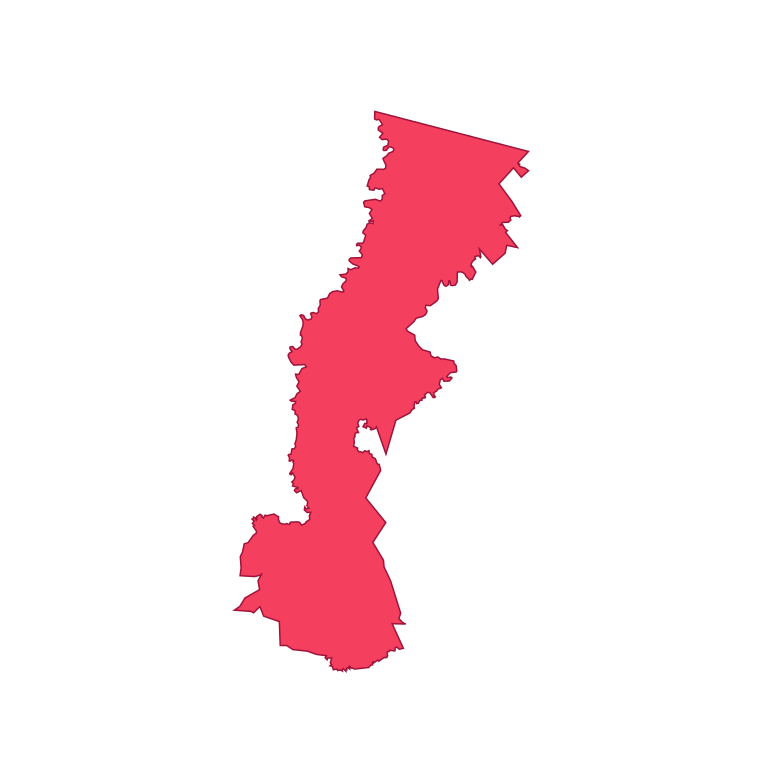 San Juan Cotzocón, Oaxaca, Mexico (Mercator projection), rotated 321°
{"feature_id": "50627088B74666108696895", "entity_name": "San Juan Cotzocón", "entity_type": "district", "adm_level": 2, "iso_a3": "MEX", "parent_name": "Mexico", "parent_adm1": "Oaxaca", "projection": "mercator", "projection_center": [-95.529, 17.312], "detail": "fine", "context": "isolated", "style": "filled", "palette": "rose", "viewbox_px": 768, "rotation_deg": 321, "n_neighbors": 0, "source": "geoboundaries", "source_scale": "gbopen_adm2", "svg_char_len": 6159}
<svg xmlns="http://www.w3.org/2000/svg" viewBox="0 0 768 768"><g transform="rotate(321 384 384)"><path d="M144.4,488.7L153.1,502.8L138.8,521.9L143.9,526.1L146.0,533.0L156.3,543.4L161.4,551.7L168.2,558.9L166.0,559.7L166.3,562.5L167.9,561.6L171.0,563.9L166.9,566.8L166.6,569.0L164.7,569.0L166.2,570.8L164.8,574.2L168.0,575.8L167.6,577.5L170.1,578.8L171.0,580.8L171.3,579.9L173.2,579.6L173.6,583.3L174.7,582.0L175.4,582.7L176.3,581.3L177.4,581.7L177.8,583.4L178.3,581.9L179.6,581.5L179.4,584.1L180.4,584.2L181.6,586.9L193.7,594.7L196.8,594.1L198.4,595.1L199.7,593.1L200.6,593.1L200.0,594.2L205.5,594.6L205.5,596.2L212.3,596.6L212.9,597.8L214.4,598.2L216.1,597.1L217.1,594.8L218.2,594.4L219.6,595.1L220.6,594.4L224.5,598.3L226.9,596.0L228.4,596.4L228.9,599.7L232.7,601.6L239.5,575.4L249.8,584.2L248.3,580.9L247.9,575.7L252.7,572.6L265.2,541.2L268.9,526.2L272.7,520.6L275.6,500.1L298.2,492.8L298.1,461.1L327.1,449.0L329.7,443.4L328.7,442.7L328.7,440.9L330.3,436.6L328.9,433.3L330.3,430.9L328.8,429.0L330.4,426.3L328.3,425.9L327.1,423.8L324.0,424.0L323.7,422.6L321.9,420.7L321.8,418.1L323.2,417.3L321.2,413.4L324.6,410.2L326.3,407.2L328.6,406.6L329.1,405.2L331.7,404.2L333.6,405.7L335.0,400.9L337.8,401.1L338.9,397.9L341.8,396.4L343.5,396.7L345.4,399.1L347.9,399.6L348.2,400.7L345.9,404.0L344.3,402.5L340.8,404.0L342.6,407.2L344.3,405.9L345.2,407.2L346.5,410.5L345.0,410.7L345.3,411.7L348.9,413.1L351.2,412.5L341.4,439.7L370.5,419.6L385.9,422.8L389.5,421.6L392.6,421.9L392.8,420.7L396.4,417.5L397.6,417.8L397.1,419.8L398.7,420.6L401.4,419.2L403.2,420.5L404.7,419.0L407.0,420.6L408.1,420.2L408.4,418.2L412.4,417.8L414.2,419.7L413.7,425.4L415.0,426.5L415.9,426.1L415.8,424.0L417.4,422.0L420.4,422.6L422.7,421.9L426.2,423.1L426.7,419.0L430.4,416.2L433.0,416.3L432.3,419.5L436.6,422.8L440.6,422.1L440.4,420.7L437.4,419.0L437.5,417.6L442.7,417.0L447.7,420.1L448.9,419.5L451.6,415.2L451.5,411.7L452.7,410.1L446.8,402.6L443.9,400.4L442.8,396.8L439.8,395.5L438.2,391.8L439.9,388.1L435.5,381.7L434.9,376.6L435.5,369.9L438.6,365.4L435.5,357.5L436.1,354.9L446.4,354.4L450.4,353.1L456.4,355.8L459.8,356.2L462.8,354.9L463.8,353.5L463.8,350.9L466.2,349.2L469.3,352.3L477.3,352.7L480.0,351.8L485.2,344.0L493.4,339.3L494.1,340.1L492.8,344.8L493.6,347.1L496.4,347.3L499.4,344.7L500.1,345.0L497.9,348.9L498.9,350.5L501.7,352.0L505.2,350.6L511.4,343.2L513.8,344.8L515.4,346.7L516.1,349.7L515.4,352.0L516.0,356.8L515.1,357.5L517.3,356.9L518.4,358.2L525.8,354.8L526.8,348.3L525.0,347.4L526.3,347.6L526.9,345.9L529.7,344.4L533.9,344.4L534.0,342.8L535.2,342.3L538.3,343.9L538.4,346.5L539.4,346.0L543.1,339.1L543.8,359.3L560.3,358.6L566.7,353.5L573.6,362.0L573.9,342.6L576.5,342.4L575.7,340.3L576.5,334.9L574.7,333.6L578.0,333.2L582.6,336.6L585.8,336.4L586.4,334.2L588.3,333.7L592.5,336.2L592.3,336.9L594.5,338.7L594.4,339.4L596.2,339.2L598.3,322.7L599.3,300.8L620.7,297.5L620.8,309.7L630.6,309.2L629.3,304.8L626.6,300.6L626.8,298.0L627.7,298.3L627.1,296.5L642.6,294.2L548.4,166.4L543.5,172.1L544.3,174.0L546.8,175.4L546.0,181.5L542.2,180.8L540.6,181.4L539.4,183.2L540.9,188.4L535.8,189.5L536.3,192.9L540.1,195.3L540.6,197.8L537.3,200.9L532.7,199.7L530.8,201.4L530.8,202.4L532.8,203.9L536.9,202.9L538.2,203.7L539.7,206.5L539.1,208.1L537.1,208.9L532.9,207.6L529.8,208.4L525.6,208.0L524.9,208.4L523.2,215.1L521.1,217.2L518.9,217.0L513.7,212.6L509.1,213.9L504.4,213.2L503.4,215.1L500.8,215.9L495.5,219.6L496.6,221.6L495.0,223.7L498.0,227.0L500.7,226.0L502.7,229.5L505.7,231.1L504.4,236.6L501.2,236.4L499.1,239.1L496.4,239.7L493.4,234.9L484.3,229.6L482.4,230.0L480.6,234.2L483.5,237.6L484.6,240.7L480.0,242.2L479.1,248.0L474.9,247.7L474.6,248.3L478.3,250.6L476.3,252.3L474.2,249.7L471.4,249.2L468.4,251.2L464.5,251.8L462.7,253.2L463.4,256.9L457.3,261.0L455.6,261.0L452.4,258.1L450.7,258.2L449.9,259.4L452.1,260.3L452.6,263.2L450.7,264.7L448.5,265.0L448.5,270.1L445.8,271.5L437.6,265.2L435.5,265.1L434.4,266.6L435.4,271.3L438.1,276.0L438.2,277.7L436.7,277.6L434.5,275.4L430.0,274.2L428.8,271.6L426.7,274.2L423.6,274.6L418.5,271.4L418.4,273.8L421.0,277.9L420.7,278.7L419.2,280.0L415.2,280.3L412.1,281.8L411.3,286.5L410.0,287.0L410.8,286.4L409.3,286.3L406.4,282.2L402.3,279.9L398.7,279.5L394.2,281.7L387.8,278.4L386.6,279.0L384.1,282.6L380.4,284.0L378.4,286.8L375.8,286.8L374.0,283.9L372.2,283.0L371.3,283.1L370.2,286.5L368.1,287.6L364.7,286.1L363.9,283.4L364.7,280.1L363.2,278.1L361.6,277.9L361.2,282.4L360.1,285.0L357.7,287.7L351.3,291.6L349.9,293.3L350.6,293.4L349.5,296.9L345.8,299.3L345.5,301.4L342.8,302.5L338.3,302.3L336.8,301.1L336.6,297.3L334.3,296.1L333.2,297.1L332.8,301.1L330.1,300.4L327.8,301.1L326.6,303.3L325.5,308.8L325.8,312.6L334.6,319.0L334.5,321.8L329.9,320.4L323.8,322.9L321.4,320.7L320.1,323.6L319.3,328.9L314.9,330.8L314.4,337.0L310.4,336.8L306.2,338.6L300.9,337.5L301.3,339.2L304.4,342.0L302.6,343.3L300.3,342.7L296.7,345.9L298.1,348.8L296.0,351.4L296.9,353.3L296.6,355.2L295.2,357.5L292.4,359.1L291.9,361.9L290.2,363.3L288.1,362.9L285.4,367.5L280.4,372.4L277.3,374.2L276.0,377.1L273.4,377.8L271.6,376.5L267.6,380.0L265.4,378.8L264.6,379.2L264.3,381.6L261.9,384.2L262.9,385.1L264.8,385.0L265.5,386.9L264.2,387.2L263.8,389.1L259.9,392.5L254.4,394.2L254.1,395.3L255.1,396.3L256.2,395.2L257.1,395.6L256.2,400.6L253.7,401.9L250.6,402.2L251.0,404.4L248.7,405.6L252.1,410.5L251.2,411.1L249.0,409.7L247.3,410.4L247.6,413.5L252.6,414.7L250.1,421.7L250.7,427.5L247.5,430.0L247.5,433.2L244.9,432.1L245.1,429.7L242.8,431.7L243.4,435.4L246.3,437.7L243.0,439.5L241.0,442.6L236.9,442.1L234.6,442.8L231.0,441.6L231.4,438.4L230.4,437.1L225.0,432.9L223.8,432.5L222.6,433.7L221.5,433.0L220.6,431.2L218.9,430.8L216.4,428.1L215.7,426.1L216.8,422.6L218.5,420.9L216.6,415.8L209.9,412.5L209.1,411.1L205.9,412.2L205.4,410.2L206.4,409.6L205.7,407.2L201.7,406.9L200.3,409.0L199.0,409.4L199.9,407.1L198.9,405.4L198.6,406.2L196.4,405.9L196.9,408.7L194.0,409.5L194.4,412.2L192.7,412.2L192.3,418.0L190.7,419.6L187.3,419.3L178.4,421.8L174.9,420.2L168.2,425.6L163.7,427.7L157.2,437.0L151.5,442.4L162.2,452.2L167.7,454.8L170.1,454.4L162.3,457.6L157.9,465.5L141.4,462.8L131.9,466.1L125.4,465.6L137.6,477.1L138.5,479.7L147.5,478.9L144.4,488.7Z" fill="#f43f5e" stroke="#9f1239" stroke-width="1.5"/></g></svg>